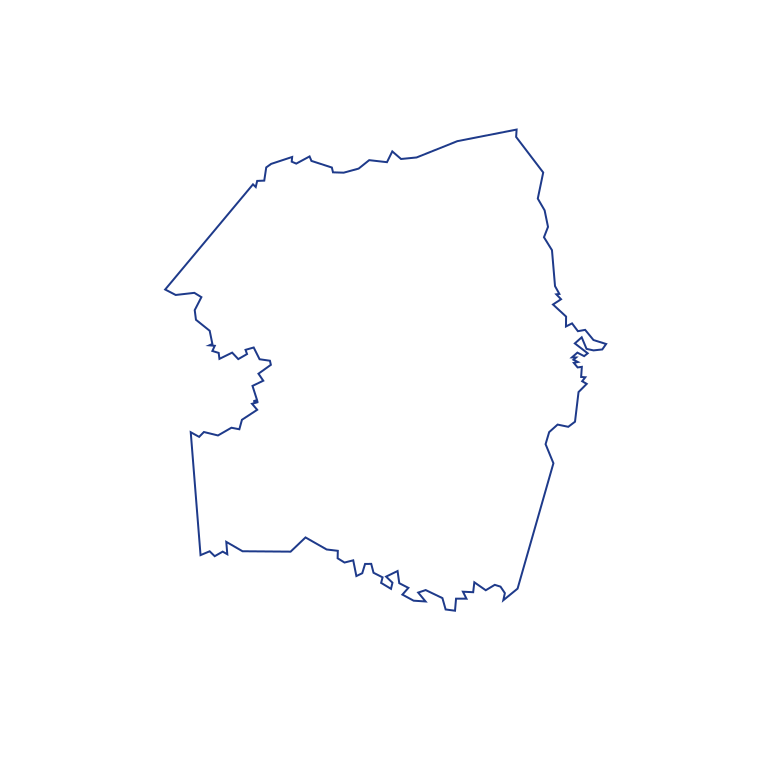 Miraflores, Guaviare, Colombia, rotated 329°
{"feature_id": "7082276B64059951678143", "entity_name": "Miraflores", "entity_type": "district", "adm_level": 2, "iso_a3": "COL", "parent_name": "Colombia", "parent_adm1": "Guaviare", "projection": "albers", "projection_center": [-71.841, 1.327], "detail": "medium", "context": "isolated", "style": "outline", "palette": "blue", "viewbox_px": 768, "rotation_deg": 329, "n_neighbors": 0, "source": "geoboundaries", "source_scale": "gbopen_adm2", "svg_char_len": 1966}
<svg xmlns="http://www.w3.org/2000/svg" viewBox="0 0 768 768"><g transform="rotate(329 384 384)"><path d="M393.1,628.2L488.4,539.2L491.5,518.8L500.8,510.3L511.9,508.2L519.9,515.6L528.3,514.7L546.6,491.1L557.8,488.3L555.3,483.7L560.0,481.9L556.6,479.5L562.4,471.2L558.5,469.5L557.6,463.7L561.5,465.0L558.9,460.8L562.3,460.2L558.8,458.0L565.9,456.7L569.9,463.2L574.4,462.6L568.5,447.5L577.5,445.8L575.7,458.2L580.9,463.1L588.9,466.8L595.0,464.1L586.2,454.2L584.3,441.2L577.4,438.6L576.4,428.9L569.6,428.4L574.8,420.0L569.8,402.9L579.4,402.5L577.9,395.9L580.7,397.1L581.0,388.2L596.9,355.8L596.7,340.6L605.5,333.8L611.1,317.9L611.3,304.3L629.4,284.7L624.5,240.3L628.7,234.2L571.9,213.6L528.6,206.6L514.5,199.9L510.9,188.9L500.8,195.4L486.6,184.5L473.2,186.3L458.3,182.1L449.3,176.3L450.8,171.6L436.7,155.4L437.4,150.6L422.3,149.9L419.4,145.9L422.2,142.1L400.6,137.2L394.6,137.7L386.1,148.0L379.9,144.6L375.5,149.1L374.5,145.4L245.1,190.3L251.3,200.4L268.4,208.2L272.2,215.5L259.8,223.2L255.9,232.1L262.0,248.6L257.5,261.3L254.2,260.9L258.6,264.1L253.9,267.3L258.3,272.2L255.9,277.7L270.0,278.9L271.9,287.6L282.0,287.8L282.9,283.4L291.1,285.6L290.1,298.7L298.2,305.3L296.9,309.3L281.7,310.5L282.2,319.0L270.3,317.9L266.9,332.4L263.2,331.5L266.9,334.7L260.7,333.0L262.0,340.8L243.8,341.5L236.7,348.3L230.7,342.9L215.2,342.6L204.9,332.4L198.3,334.1L193.5,325.8L138.6,436.2L148.4,437.6L150.2,444.4L159.4,444.6L162.0,449.2L167.5,438.1L176.6,454.5L217.6,479.6L237.7,475.1L249.6,496.3L258.5,503.2L254.5,509.5L258.2,516.7L266.8,519.3L261.4,534.4L267.9,535.0L275.1,528.5L280.4,531.6L277.8,540.4L283.2,549.0L279.1,553.0L284.5,563.2L288.9,558.7L286.6,550.2L299.3,551.3L294.5,562.6L299.9,571.3L291.3,574.0L297.8,585.0L307.6,591.8L305.9,580.4L313.6,582.1L323.8,597.6L320.7,609.0L328.1,614.9L335.2,605.1L344.1,610.5L344.7,602.7L353.2,608.4L359.3,600.5L365.0,613.2L375.5,613.2L379.5,617.7L379.9,625.5L374.9,630.8L393.1,628.2Z" fill="none" stroke="#1e3a8a" stroke-width="2"/></g></svg>